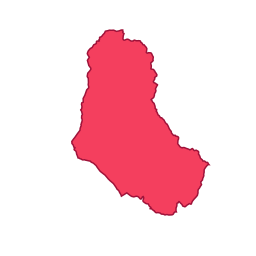 outline of Brazii, Arad, Romania, rotated 245°
{"feature_id": "2599482B77583369743499", "entity_name": "Brazii", "entity_type": "district", "adm_level": 2, "iso_a3": "ROU", "parent_name": "Romania", "parent_adm1": "Arad", "projection": "natural_earth1", "projection_center": [22.316, 46.199], "detail": "fine", "context": "isolated", "style": "filled", "palette": "rose", "viewbox_px": 256, "rotation_deg": 245, "n_neighbors": 0, "source": "geoboundaries", "source_scale": "gbopen_adm2", "svg_char_len": 5810}
<svg xmlns="http://www.w3.org/2000/svg" viewBox="0 0 256 256"><g transform="rotate(245 128 128)"><path d="M154.7,173.0L155.5,172.6L155.5,172.4L155.7,172.2L156.8,171.9L157.7,171.1L157.9,170.8L158.2,170.7L158.4,170.7L158.9,170.5L159.2,170.5L159.5,170.8L159.8,171.1L161.2,173.1L161.6,173.2L162.1,173.2L162.5,173.5L162.6,174.2L162.9,175.2L162.9,175.7L163.0,176.0L163.4,176.1L163.6,176.3L163.8,176.6L164.3,176.7L166.3,176.5L167.0,176.3L167.5,176.2L167.7,176.3L168.0,176.4L168.5,176.1L168.9,176.1L169.8,176.0L170.4,175.7L170.7,175.3L171.2,174.5L172.0,173.8L173.2,174.7L174.5,175.4L176.9,175.9L177.5,176.4L178.0,178.5L178.8,179.5L179.3,179.4L181.6,180.9L182.9,180.8L185.9,180.8L186.6,180.2L187.7,178.2L187.5,177.6L187.7,177.1L188.6,176.5L191.9,178.6L193.0,178.6L194.2,178.4L195.3,178.0L196.5,177.8L196.8,177.2L197.2,176.8L199.0,176.6L200.1,176.0L200.4,175.8L201.0,176.0L201.7,175.9L202.1,175.5L202.7,174.4L203.1,173.4L203.5,172.5L204.2,171.7L204.8,171.2L205.0,170.4L204.7,169.4L204.9,169.1L205.1,168.2L205.9,167.2L207.9,166.0L208.6,165.3L209.0,164.2L209.0,162.6L209.2,161.6L210.0,161.1L211.0,161.1L213.6,162.7L215.3,164.3L216.3,163.7L217.0,163.7L217.2,164.0L217.8,164.4L218.5,164.1L219.0,164.6L219.3,164.2L219.7,163.1L219.7,161.9L219.9,160.5L220.5,158.3L222.7,156.4L223.6,154.2L224.6,152.3L224.6,151.4L224.9,150.2L225.3,148.4L223.9,146.7L222.9,144.2L222.2,143.0L222.0,141.7L222.2,140.8L221.9,140.4L220.8,139.9L220.1,139.4L220.1,138.8L219.1,138.7L219.1,138.1L219.7,137.2L219.9,136.4L219.4,135.7L218.1,135.1L217.9,134.5L217.9,132.1L216.1,129.5L216.0,127.5L214.8,124.8L213.6,123.4L212.5,122.5L210.8,122.5L208.5,122.9L206.5,119.8L201.1,118.9L199.6,119.3L198.9,119.3L198.0,119.6L196.9,119.1L196.0,117.6L194.7,114.7L192.6,113.2L192.2,112.9L191.5,112.8L190.7,112.8L190.1,113.1L186.0,111.4L184.0,110.2L181.9,109.8L181.0,109.3L180.0,106.7L175.9,102.7L173.7,99.8L170.4,98.4L170.4,96.9L169.3,95.9L166.8,95.3L165.4,94.4L164.8,93.9L164.6,93.1L164.4,92.8L162.6,93.0L160.8,92.6L159.7,92.5L159.1,91.8L158.8,91.3L156.6,90.1L155.9,90.2L154.8,89.9L153.9,89.5L153.3,88.9L152.9,88.7L152.4,88.0L151.7,87.6L151.2,86.9L150.2,86.7L149.7,86.4L149.3,85.8L147.9,84.5L146.2,83.5L144.3,79.9L141.8,75.6L141.2,74.3L139.6,71.4L139.0,71.2L138.8,71.2L138.1,70.8L137.8,70.7L137.3,70.7L136.4,71.0L136.0,71.1L133.1,70.9L132.7,71.6L132.4,71.6L132.2,71.2L132.1,70.7L131.3,70.1L130.8,70.1L129.7,70.7L128.9,71.0L127.8,70.9L126.0,70.4L125.1,70.4L123.8,70.3L121.9,70.1L121.5,70.8L120.2,71.7L119.8,72.3L118.4,73.2L117.7,74.7L117.6,75.2L117.0,75.7L113.8,79.9L112.6,80.2L111.0,81.6L110.1,82.1L109.0,82.5L107.6,83.2L105.3,83.5L100.8,84.4L99.2,85.1L95.0,87.3L91.0,88.4L90.4,88.5L89.4,88.9L88.2,89.3L83.8,91.3L78.6,92.2L77.8,92.1L76.8,92.4L76.0,92.8L74.6,93.2L73.8,93.2L73.3,93.1L70.8,93.4L69.0,93.2L69.7,99.5L65.5,101.7L64.3,102.6L63.1,104.2L62.7,106.6L61.8,107.9L61.0,108.4L58.4,109.2L58.1,110.0L58.5,110.8L59.5,111.9L59.5,112.8L58.6,112.9L57.2,112.2L56.3,111.1L55.7,110.8L54.9,110.7L53.3,111.5L51.8,112.5L50.5,114.3L50.1,114.3L48.6,114.3L47.8,114.4L46.6,115.1L46.2,115.1L45.9,115.0L45.8,114.1L45.4,114.0L45.0,115.2L43.6,115.6L43.1,116.0L42.3,116.3L41.9,116.8L41.0,116.8L40.6,117.1L39.9,117.3L39.3,117.7L38.9,118.7L38.7,119.4L37.4,121.1L37.0,121.3L36.3,121.6L35.8,122.0L34.8,123.8L34.6,124.0L34.0,124.3L33.5,125.0L33.4,125.7L33.3,126.2L33.0,126.8L32.7,127.3L32.1,127.9L31.6,128.9L30.7,131.2L30.7,132.3L31.1,133.1L31.8,134.0L32.1,135.0L31.5,136.4L32.5,136.5L32.9,136.6L34.9,137.6L35.5,138.0L36.0,138.6L36.5,139.1L37.7,139.9L38.6,140.2L39.0,140.5L39.1,141.2L39.0,141.9L39.4,142.2L39.8,143.1L39.6,143.3L37.3,144.0L36.5,144.4L35.7,144.6L34.7,144.6L34.0,144.7L32.6,146.2L32.5,146.7L33.0,148.5L33.3,149.4L33.3,150.4L33.6,151.5L32.4,152.8L32.4,153.3L33.8,154.7L34.5,155.6L35.5,157.6L36.9,161.0L37.7,162.5L38.8,163.3L39.3,163.8L40.0,164.2L41.2,164.7L42.1,165.3L42.6,165.8L43.0,166.6L43.3,167.3L43.8,168.0L44.3,168.6L45.6,170.7L46.1,170.8L46.8,170.7L47.8,171.0L48.5,171.3L48.6,171.8L48.9,172.3L49.2,172.8L49.4,173.5L50.0,173.9L50.7,174.4L52.0,175.9L52.8,176.6L54.0,177.0L55.9,178.4L57.1,178.9L58.2,179.6L59.5,181.6L60.7,184.1L60.9,185.3L60.6,185.9L61.3,185.7L62.4,185.7L62.9,185.6L63.3,185.4L63.6,184.7L63.8,184.3L65.4,183.6L65.7,183.4L66.1,182.7L66.2,182.3L66.3,182.0L66.7,181.9L67.7,181.9L69.0,181.3L69.7,181.0L70.1,180.9L70.6,180.9L71.2,181.1L72.9,181.2L73.2,181.2L73.6,181.1L74.1,180.8L74.5,180.9L75.1,181.2L75.5,181.5L76.5,181.9L77.0,181.9L78.2,181.1L79.1,180.4L79.2,180.1L79.2,179.7L79.3,179.0L79.6,178.5L80.0,178.3L80.9,178.1L82.0,177.8L82.2,177.6L82.2,177.1L82.1,176.5L82.0,175.7L82.1,174.8L82.8,174.3L83.4,173.8L85.1,172.0L85.7,171.5L86.6,170.6L87.1,169.5L87.0,169.1L87.2,168.7L87.8,168.0L88.5,167.5L88.8,167.3L92.2,166.5L92.9,166.5L93.2,166.6L93.6,166.9L95.5,167.9L96.0,168.4L96.4,168.7L96.6,169.1L97.9,169.8L98.6,169.8L99.4,169.2L99.7,169.0L99.8,168.9L99.9,168.5L100.2,168.3L100.4,167.9L100.9,167.7L101.3,167.8L101.5,167.6L101.7,167.3L101.7,166.7L101.8,166.5L102.2,166.1L102.6,166.0L105.0,165.3L106.5,165.7L107.0,165.7L107.5,165.5L108.1,165.4L108.9,165.2L109.4,165.1L110.9,165.1L112.4,165.2L114.2,165.1L115.1,165.0L115.2,164.7L115.4,164.6L117.2,164.1L117.9,164.1L118.6,164.0L119.9,164.0L120.9,163.7L121.5,163.3L121.8,163.1L122.8,163.0L123.1,162.8L123.2,162.6L123.5,162.0L123.7,161.9L124.6,161.6L126.0,161.5L126.5,161.2L127.2,160.8L130.2,161.0L130.9,160.7L131.2,160.7L131.9,161.2L132.2,161.6L132.5,161.7L132.7,161.8L133.3,161.3L133.7,161.0L134.3,160.9L134.5,161.0L135.4,161.4L136.4,161.7L139.1,162.0L139.4,162.0L141.0,161.3L143.5,161.2L143.9,160.9L144.0,161.0L144.2,161.4L144.4,162.7L144.8,164.1L145.0,164.4L146.4,165.7L147.7,166.4L148.0,166.7L148.9,168.1L149.9,169.0L150.1,169.0L150.5,169.2L151.8,169.4L152.2,169.8L152.7,170.5L153.1,170.9L153.3,171.2L153.6,171.5L154.1,172.4L154.3,172.7L154.7,173.0Z" fill="#f43f5e" stroke="#9f1239" stroke-width="1.5"/></g></svg>